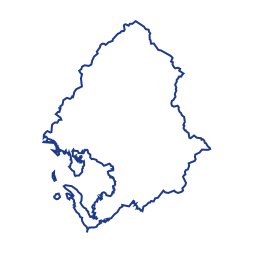 Puno, Puno, Peru (Albers equal-area conic projection), rotated 184°
{"feature_id": "86281439B67596976235519", "entity_name": "Puno", "entity_type": "district", "adm_level": 2, "iso_a3": "PER", "parent_name": "Peru", "parent_adm1": "Puno", "projection": "albers", "projection_center": [-69.905, -16.067], "detail": "fine", "context": "isolated", "style": "outline", "palette": "blue", "viewbox_px": 256, "rotation_deg": 184, "n_neighbors": 0, "source": "geoboundaries", "source_scale": "gbopen_adm2", "svg_char_len": 5772}
<svg xmlns="http://www.w3.org/2000/svg" viewBox="0 0 256 256"><g transform="rotate(184 128 128)"><path d="M211.4,112.8L211.0,113.4L210.4,113.1L210.3,113.8L209.1,113.7L207.3,111.7L203.8,110.9L203.5,109.9L201.9,110.3L200.2,109.2L198.4,107.1L197.6,104.6L196.9,104.8L196.9,103.2L196.1,103.3L195.5,101.3L194.5,101.6L191.2,100.3L190.2,98.3L189.3,97.9L188.7,98.5L188.3,99.3L189.2,100.1L188.5,101.1L188.1,99.4L186.6,99.0L185.5,97.7L185.1,99.8L184.4,98.4L185.1,98.3L185.1,98.2L183.5,96.7L182.7,93.4L183.1,92.5L182.3,92.3L181.7,89.6L182.8,88.0L182.9,86.2L184.1,85.4L181.0,82.0L178.8,80.9L177.9,77.3L177.1,76.4L176.1,77.0L173.0,77.1L173.7,77.1L170.6,80.9L170.9,83.8L170.2,84.7L170.4,86.1L169.2,87.5L169.3,89.4L169.7,91.7L170.2,91.2L171.7,91.9L172.1,90.3L173.3,90.2L173.4,91.9L174.9,91.4L175.4,91.8L175.0,93.3L174.2,93.5L174.8,94.3L176.1,94.3L175.6,92.7L176.4,92.5L176.3,91.7L178.3,93.7L178.4,94.5L177.3,94.4L177.3,95.1L178.6,94.6L179.1,95.1L178.5,96.5L179.9,95.5L181.0,96.0L181.4,100.2L182.0,100.7L180.9,102.7L180.2,101.5L176.7,101.6L175.4,99.6L171.6,99.6L172.2,101.3L171.8,101.9L170.0,99.4L170.6,101.0L169.4,102.3L170.2,103.7L168.8,102.7L167.5,103.4L166.6,102.7L166.1,100.5L163.7,98.7L163.6,95.9L162.0,94.4L160.8,94.8L157.2,94.0L156.7,92.7L151.5,90.7L149.4,88.6L144.0,91.1L142.8,90.2L142.6,89.1L140.5,88.6L139.9,86.4L140.7,86.1L139.8,85.7L139.9,84.8L143.9,83.8L145.1,82.9L144.2,80.0L143.1,79.5L142.2,77.5L141.6,78.0L140.8,77.5L141.0,78.3L139.8,77.9L138.9,77.0L138.0,74.4L136.9,73.7L137.4,72.7L136.8,71.0L137.3,69.8L138.9,68.9L138.4,66.8L137.9,67.0L137.1,65.3L137.9,64.4L137.8,62.9L138.4,63.0L138.6,62.2L139.0,62.5L139.8,59.8L141.0,58.8L144.8,59.4L145.9,61.4L147.5,62.2L149.2,61.5L149.8,60.7L149.3,59.7L150.8,59.1L149.5,59.0L150.9,58.9L148.7,57.2L149.8,57.4L149.8,55.8L149.0,55.6L148.8,54.9L149.6,55.7L150.3,54.6L151.0,55.3L150.6,55.8L152.1,56.7L151.7,55.8L152.4,56.0L153.7,54.6L153.4,53.5L154.4,53.2L153.6,53.3L153.7,52.6L154.3,52.9L156.0,51.1L156.1,48.5L157.0,48.9L157.7,48.2L158.2,46.4L157.4,45.3L155.8,45.4L155.1,46.2L155.8,44.7L155.2,44.3L156.1,44.6L156.3,43.9L156.4,44.5L157.5,41.4L156.3,41.3L155.8,39.9L155.7,41.1L154.8,41.0L155.2,39.5L156.3,38.7L155.7,37.8L155.8,38.5L155.3,38.5L155.4,37.7L157.9,37.3L156.6,36.6L156.7,37.0L156.2,36.9L155.8,35.9L153.7,36.8L153.6,36.0L152.6,35.7L153.0,35.1L154.8,35.8L156.0,35.3L157.7,36.9L159.5,36.7L161.9,40.9L161.8,41.8L163.6,43.0L164.0,44.4L166.8,45.8L168.5,47.6L170.3,50.2L169.4,52.1L169.3,56.8L170.3,58.7L173.0,60.6L174.5,62.6L179.9,66.0L186.4,66.6L188.0,65.4L186.2,63.5L180.8,60.1L177.6,56.6L178.5,55.3L182.3,58.0L184.2,58.4L184.9,57.9L183.2,53.6L181.5,52.7L181.2,54.2L179.4,54.5L177.3,52.8L176.6,51.5L176.9,50.5L175.8,49.3L176.8,47.6L175.8,47.4L175.3,46.2L176.6,45.1L173.7,40.8L170.8,38.7L169.5,35.9L167.5,35.3L167.7,33.4L166.8,31.2L164.9,28.5L162.5,26.7L161.3,24.0L161.7,20.9L161.2,23.8L159.7,26.0L154.3,26.5L152.3,27.4L151.7,29.0L148.6,31.3L149.7,31.9L149.8,33.3L148.3,33.9L147.6,33.1L146.5,33.3L145.1,34.6L145.2,32.8L144.1,32.5L142.8,34.3L141.2,34.3L140.5,35.4L143.4,35.7L138.6,36.7L135.6,40.8L132.7,43.4L130.6,47.6L128.1,49.3L128.4,50.8L121.4,49.9L117.5,55.7L116.7,55.2L117.1,53.4L116.2,53.4L115.7,52.4L115.0,52.8L115.6,51.7L115.0,52.0L113.3,50.3L113.6,48.9L113.1,49.3L112.7,48.1L110.9,48.4L109.6,46.5L109.1,46.9L107.8,46.1L107.1,50.7L104.4,52.3L102.2,55.0L100.9,55.1L99.9,56.8L97.3,56.5L95.9,59.8L93.4,60.4L88.3,68.0L86.4,66.4L83.3,66.0L77.5,68.8L76.3,67.6L73.7,66.7L70.2,68.0L68.7,69.5L69.6,71.6L66.9,74.8L66.3,77.2L69.7,83.1L68.9,84.7L67.5,85.6L68.2,88.4L67.3,90.1L65.5,90.8L65.1,91.8L64.4,94.4L65.0,97.0L59.2,99.8L58.3,101.7L59.2,103.6L59.0,106.2L54.9,108.5L52.7,111.6L46.6,111.8L44.6,112.8L45.1,113.9L47.3,115.4L49.1,118.2L50.4,118.6L51.1,120.8L52.6,122.0L53.8,121.4L54.4,122.9L58.7,123.1L61.6,125.1L64.8,122.2L66.1,122.6L67.2,127.2L69.6,128.6L70.3,129.7L71.2,129.6L72.6,131.8L72.0,134.4L73.0,135.0L71.7,137.9L72.8,143.0L75.2,144.5L76.0,146.4L77.8,147.9L78.9,150.4L78.7,152.1L80.1,153.7L83.6,152.5L85.7,153.3L86.5,155.5L86.1,158.1L84.7,159.1L82.8,162.5L83.7,165.1L82.4,168.8L83.1,170.1L82.6,171.5L84.0,174.6L82.6,177.7L82.8,179.3L80.9,181.8L80.9,182.8L78.4,183.0L78.3,184.1L76.4,186.2L80.9,188.8L80.1,190.7L82.3,191.6L85.0,190.8L86.4,191.9L88.0,194.4L87.9,196.8L89.7,197.3L88.4,201.1L90.6,203.0L100.6,207.7L103.2,208.0L108.2,214.1L110.9,213.7L111.7,217.2L112.5,218.0L113.0,222.2L112.4,224.0L113.6,225.2L114.3,227.5L117.2,227.8L119.1,230.2L127.8,235.1L131.0,232.2L133.4,232.1L134.5,230.1L137.7,231.3L138.9,230.7L139.2,229.4L138.2,226.0L138.9,224.4L141.3,224.1L142.5,222.4L144.8,221.2L149.2,215.6L149.5,213.8L153.4,212.1L156.0,209.4L157.9,210.4L159.6,210.3L161.4,208.5L161.5,206.7L164.4,202.0L163.4,200.2L166.8,196.9L168.4,192.9L169.0,188.8L171.4,187.2L175.7,187.5L178.1,186.0L178.6,183.6L180.7,181.7L179.0,179.3L177.6,178.5L178.4,174.3L176.9,166.2L182.3,163.1L184.0,160.3L185.0,155.0L185.9,155.5L186.6,153.9L187.9,153.0L191.1,153.8L194.4,151.2L195.0,146.6L197.0,145.0L196.7,142.9L197.8,142.9L197.1,141.3L197.5,139.3L199.0,139.1L201.0,136.8L196.0,133.5L195.1,131.6L197.6,131.2L198.8,128.4L201.0,128.5L203.4,126.7L204.0,125.5L204.1,118.6L205.1,118.1L208.1,119.3L209.4,118.3L211.4,115.4L211.4,112.8ZM194.5,52.0L192.9,52.3L190.9,54.5L192.6,57.7L195.3,56.9L195.6,55.6L196.9,54.5L196.5,53.2L194.5,52.0ZM199.8,73.7L197.7,70.2L196.3,71.1L198.6,76.5L198.7,79.1L199.9,77.7L199.8,73.7ZM201.4,100.4L196.1,95.8L194.8,97.0L194.8,97.3L195.1,97.6L195.9,96.4L195.3,97.7L195.6,99.0L193.7,100.6L194.6,101.1L196.0,99.5L197.8,99.1L198.5,99.4L198.1,99.9L201.4,100.4ZM211.3,108.0L200.5,107.9L198.2,104.3L197.7,101.9L198.1,100.0L197.6,100.1L197.8,104.2L200.5,108.6L207.4,108.4L208.0,110.0L208.9,108.6L211.1,108.5L211.3,108.0ZM173.6,96.5L174.1,95.5L173.7,93.7L172.2,95.5L172.5,96.7L173.6,96.5Z" fill="none" stroke="#1e3a8a" stroke-width="2"/></g></svg>